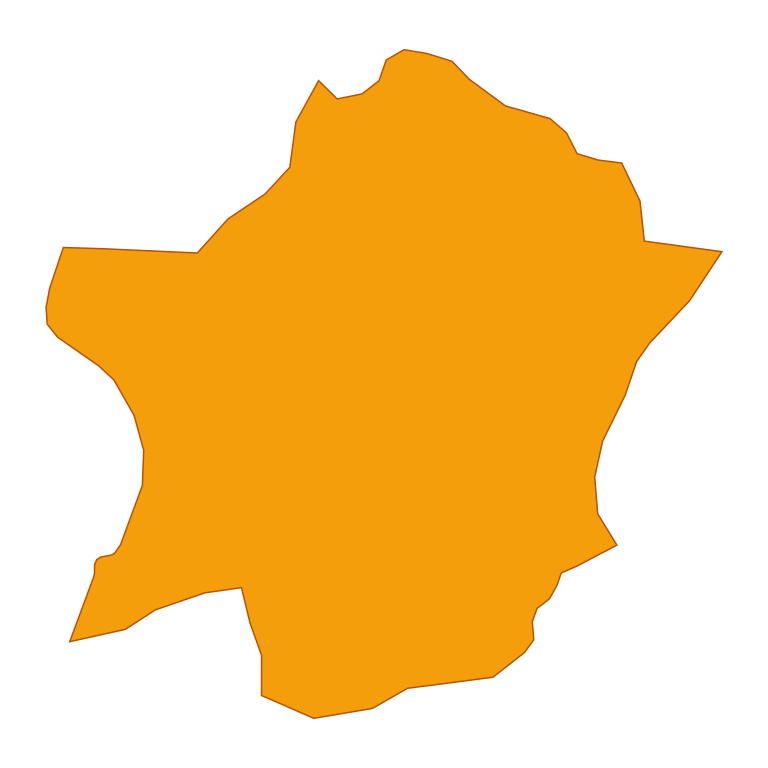 outline of Arua
{"feature_id": "UGA-3080", "entity_name": "Arua", "entity_type": "County", "adm_level": 1, "iso_a3": "UGA", "parent_name": "Uganda", "parent_adm1": "", "projection": "albers", "projection_center": [31.087, 2.968], "detail": "fine", "context": "isolated", "style": "filled", "palette": "amber", "viewbox_px": 768, "rotation_deg": 0, "n_neighbors": 0, "source": "natural_earth", "source_scale": "10m", "svg_char_len": 963}
<svg xmlns="http://www.w3.org/2000/svg" viewBox="0 0 768 768"><path d="M69.7,641.7L93.4,577.8L94.5,573.3L94.6,564.5L96.8,559.6L100.5,557.1L111.2,555.1L114.6,553.3L120.6,544.6L142.4,485.4L143.7,450.3L134.1,415.4L113.9,379.9L98.6,365.8L57.7,337.3L47.2,324.2L46.1,307.3L49.6,288.6L63.3,247.5L102.2,248.7L197.3,253.0L228.1,218.8L265.1,194.0L289.8,167.3L295.9,122.0L318.6,80.6L337.1,98.9L362.0,93.9L379.0,80.7L386.3,59.9L404.1,49.7L426.5,53.4L452.0,61.3L469.4,79.4L505.4,105.9L550.0,118.6L566.5,132.9L577.1,153.7L597.8,160.0L621.7,163.0L640.0,201.1L644.3,241.1L721.9,251.7L689.6,300.7L649.6,343.1L636.6,361.6L625.1,395.4L602.6,441.2L594.7,477.0L597.7,513.8L616.9,545.1L577.7,565.7L561.2,573.0L557.2,584.9L549.6,598.6L537.0,608.5L532.3,621.7L533.8,639.8L524.5,652.5L493.0,677.2L407.5,688.3L372.4,708.4L313.8,718.3L261.5,695.5L261.6,655.4L250.0,623.0L241.5,587.6L205.0,592.8L155.4,609.8L125.4,629.3L69.7,641.7Z" fill="#f59e0b" stroke="#b45309" stroke-width="1.5"/></svg>